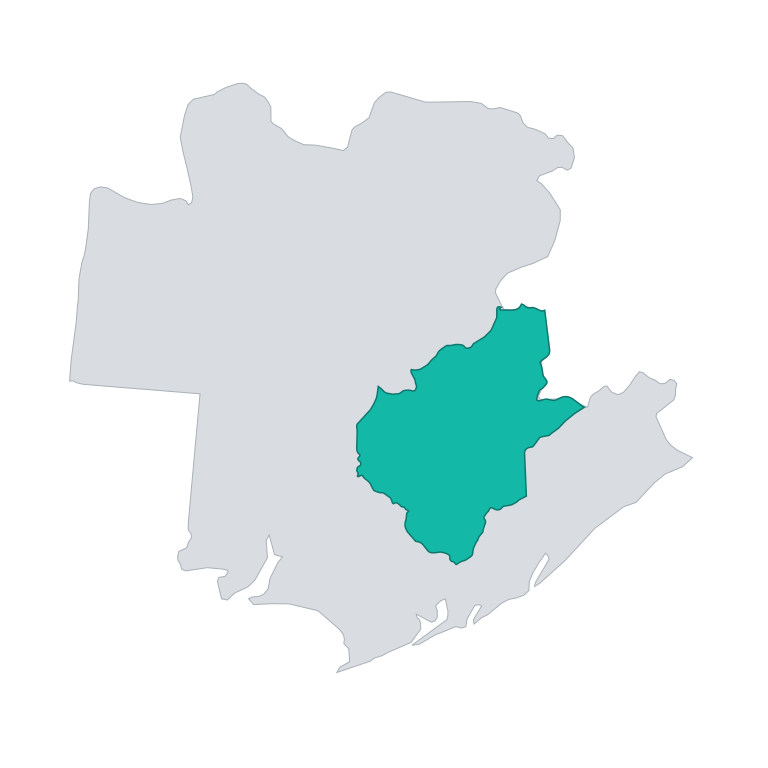 Ngounié highlighted on a map of Gabon, rotated 275°
{"feature_id": "GAB-2622", "entity_name": "Ngounié", "entity_type": "Province", "adm_level": 1, "iso_a3": "GAB", "parent_name": "Gabon", "parent_adm1": "", "projection": "orthographic", "projection_center": [11.097, -1.69], "detail": "fine", "context": "in_parent", "style": "filled", "palette": "teal", "viewbox_px": 768, "rotation_deg": 275, "n_neighbors": 0, "source": "natural_earth", "source_scale": "10m", "svg_char_len": 7244}
<svg xmlns="http://www.w3.org/2000/svg" viewBox="0 0 768 768"><g transform="rotate(275 384 384)"><path d="M555.7,84.6L555.2,91.6L547.2,108.9L543.5,122.1L542.5,136.3L544.7,147.7L548.6,155.8L551.1,164.7L549.2,170.8L545.3,173.5L548.0,176.6L553.8,177.3L563.7,174.7L578.9,170.0L598.9,163.2L612.0,159.5L633.7,161.8L645.2,164.4L651.1,169.3L657.6,189.6L660.7,192.7L666.0,201.4L670.4,211.8L671.3,217.0L670.8,220.8L666.4,226.4L661.5,234.7L659.7,239.7L655.6,243.4L650.3,247.1L635.9,248.5L633.7,250.7L629.6,259.5L622.0,266.9L618.5,274.0L615.4,283.4L616.0,295.0L614.5,311.8L613.0,323.1L616.8,327.1L634.1,329.9L637.4,332.2L642.0,339.2L647.9,345.8L663.7,350.0L669.9,355.0L674.8,360.6L675.5,365.1L671.9,383.3L668.4,400.8L669.7,414.1L671.0,426.8L672.9,445.3L672.0,456.6L667.6,463.5L667.5,468.9L669.6,475.5L665.6,493.5L663.0,496.5L655.9,499.9L652.2,504.7L651.0,512.3L647.2,522.7L643.3,526.5L643.2,531.3L647.0,534.9L646.9,540.3L639.9,546.7L635.6,551.7L626.2,554.0L615.4,551.5L612.9,547.9L615.5,542.3L614.6,537.8L610.9,533.1L605.1,521.0L600.0,518.5L597.2,523.4L588.4,532.6L572.9,544.4L562.0,545.3L542.0,541.7L525.2,536.0L517.3,522.2L512.4,510.8L505.3,497.5L497.2,491.2L488.6,487.2L484.8,486.9L472.5,494.3L468.8,497.2L468.8,503.4L470.0,509.1L471.9,511.9L473.5,515.7L473.2,521.4L471.0,529.1L470.2,537.7L431.7,546.0L425.0,543.0L420.2,539.1L414.3,539.8L397.6,544.2L391.5,541.1L385.4,538.9L382.6,540.7L382.3,544.4L385.2,564.4L384.3,572.0L380.5,582.0L378.6,588.8L388.8,590.7L392.5,593.8L396.0,598.8L401.0,603.6L401.3,606.4L395.7,611.6L393.8,618.1L396.4,623.1L403.4,628.4L413.5,633.8L418.5,637.4L418.0,640.7L413.3,647.7L411.5,653.6L408.3,658.9L408.9,663.8L413.5,668.4L413.0,672.5L409.9,675.6L403.6,674.9L398.2,675.3L393.4,674.1L378.4,658.2L375.2,657.8L353.4,669.9L348.0,675.0L343.5,682.1L337.5,697.7L327.6,688.6L319.0,672.1L309.1,661.9L288.1,645.4L282.5,633.3L258.6,606.6L224.1,579.9L199.2,556.7L195.4,551.6L199.6,552.2L223.7,563.7L227.0,562.4L229.7,559.8L219.3,553.8L209.4,549.0L200.1,546.0L190.8,546.3L185.6,541.4L182.2,534.0L180.5,527.6L176.4,520.9L163.1,507.2L159.9,501.9L152.7,494.6L157.1,493.6L171.3,500.6L172.5,497.8L171.3,493.7L157.1,487.2L149.3,486.7L147.6,482.1L148.6,476.8L138.4,456.7L127.8,441.7L126.2,434.6L154.7,467.2L158.5,467.8L163.5,467.5L175.3,463.8L173.1,459.5L167.7,454.8L162.6,456.9L155.9,457.4L152.4,455.4L150.8,452.1L157.5,436.2L154.6,437.0L152.4,439.9L148.8,441.2L143.1,442.0L129.0,433.6L116.6,410.7L113.3,406.0L110.0,398.0L106.8,394.8L92.5,362.2L98.0,364.6L104.4,374.0L117.1,372.0L122.0,366.6L126.3,366.8L130.7,365.5L136.2,360.4L152.4,337.9L156.7,308.4L155.3,290.8L152.9,273.4L158.3,267.8L160.4,271.5L161.4,277.7L163.9,282.3L169.7,286.4L180.4,287.4L197.0,293.9L202.9,298.0L204.5,289.8L223.5,282.8L217.8,280.3L200.8,283.0L177.6,272.6L169.9,266.0L162.7,253.4L155.2,246.8L155.8,240.9L172.4,235.4L176.8,236.0L178.6,242.5L183.1,245.2L184.8,244.3L185.6,238.7L185.6,223.8L180.5,202.5L182.1,198.4L186.7,196.9L190.7,194.0L193.6,193.5L199.2,194.0L202.1,199.0L203.6,201.7L209.3,203.0L214.0,205.6L218.0,204.9L221.3,201.8L226.3,201.2L241.4,201.2L255.2,201.2L282.7,201.3L310.1,201.4L337.5,201.5L358.2,201.6L358.1,189.4L358.0,170.5L357.9,148.3L357.7,126.9L357.6,107.2L357.5,83.9L358.6,77.2L360.0,74.4L359.5,70.5L380.7,70.3L419.1,72.0L435.9,71.8L440.7,72.1L461.6,71.0L478.6,72.4L485.9,74.1L492.3,74.9L512.7,75.9L539.2,74.7L548.3,75.0L553.3,78.3L555.7,84.6Z" fill="#d9dde1" stroke="#a8b0b8" stroke-width="1"/><path d="M470.6,494.2L469.4,492.9L468.3,492.6L467.9,494.0L468.7,504.9L469.6,509.0L471.7,512.2L475.6,514.0L475.2,515.7L473.4,518.6L472.6,520.1L472.4,521.6L473.2,525.8L472.5,528.7L471.1,532.2L470.4,535.4L471.5,537.7L431.5,546.2L428.3,545.9L425.3,543.8L421.8,539.5L420.0,538.2L419.0,537.5L415.8,539.1L411.6,540.5L407.9,541.2L405.7,542.1L402.3,545.2L400.6,546.2L398.9,546.1L397.1,545.1L393.7,542.4L392.9,541.5L392.5,540.7L391.9,539.9L390.5,539.2L385.4,537.7L381.7,537.5L381.4,537.6L380.6,539.6L382.8,545.5L383.2,547.7L382.4,553.3L382.5,555.0L383.3,557.2L385.8,561.2L386.8,563.5L387.3,566.1L387.3,568.2L386.8,570.3L385.9,572.8L378.5,584.8L378.3,585.6L371.2,576.4L363.2,568.1L355.2,561.7L349.4,555.1L347.5,553.3L347.0,552.5L345.1,545.4L344.6,544.5L343.8,543.5L335.4,538.4L334.6,537.6L334.1,536.7L333.8,535.7L333.6,534.7L333.3,533.7L332.7,532.7L332.0,531.7L330.9,530.9L329.8,530.3L328.4,529.9L284.7,535.6L280.6,529.1L279.1,527.4L278.7,527.2L278.3,526.8L277.9,526.4L275.2,522.4L274.5,520.9L272.7,514.0L272.5,513.5L272.1,513.1L270.3,511.7L269.4,510.8L268.8,509.7L268.5,508.2L268.5,507.1L268.7,506.0L269.9,502.7L270.1,501.7L269.8,500.7L268.7,500.0L266.7,499.3L264.6,497.6L260.3,495.2L259.4,495.2L258.4,495.8L257.5,496.5L256.6,497.0L255.5,497.2L254.4,497.1L247.3,495.4L245.3,495.4L244.3,494.9L243.1,493.9L242.1,493.3L239.8,491.8L236.6,490.9L233.4,489.2L228.3,487.5L226.3,487.2L222.9,487.1L222.0,487.0L221.1,486.6L220.1,485.9L219.2,485.0L215.9,480.9L215.3,479.9L214.1,476.8L213.5,475.8L212.1,473.8L210.7,472.3L210.5,471.5L211.5,470.5L212.3,469.8L212.9,468.9L213.0,467.9L213.2,466.8L214.2,465.6L215.2,464.9L216.2,464.7L217.2,464.7L218.1,464.5L219.0,464.1L219.8,462.7L220.7,460.7L221.3,457.5L221.5,455.7L221.4,454.3L220.3,449.1L220.1,447.1L220.1,445.2L220.5,444.1L221.0,442.9L228.1,436.1L229.6,433.2L230.1,429.2L238.8,420.2L241.8,418.3L243.1,417.8L244.7,417.3L247.2,417.1L248.8,417.3L251.2,417.8L257.2,417.9L258.3,418.6L259.5,419.6L260.2,418.8L260.5,417.9L260.8,417.0L261.2,416.2L262.3,415.7L262.9,414.9L263.1,414.0L263.1,413.1L263.4,412.1L263.9,411.2L264.8,410.4L266.1,408.5L266.6,407.4L266.8,406.5L266.6,405.5L266.1,404.8L265.6,404.0L265.7,403.5L265.8,403.2L266.3,402.8L270.0,401.1L270.8,400.5L271.3,400.0L275.4,393.0L275.6,392.0L275.4,390.1L275.4,389.1L275.8,387.1L276.7,384.0L277.3,383.0L278.3,382.2L283.4,379.1L284.5,378.1L285.5,377.1L288.4,372.7L289.2,371.8L290.1,371.2L290.8,370.5L291.1,369.7L290.8,368.7L289.5,366.8L289.5,366.0L290.0,365.5L292.4,366.1L293.5,365.6L294.3,365.0L295.3,364.5L296.4,364.4L297.8,364.6L298.9,365.0L299.8,366.0L300.3,366.9L301.2,367.7L302.3,367.9L303.6,367.5L304.6,366.8L305.8,365.1L306.7,364.5L307.8,364.5L309.9,366.0L310.9,366.3L311.7,365.8L313.0,364.1L313.9,363.5L315.0,363.0L317.0,362.5L335.1,361.4L339.2,360.5L340.4,360.5L341.7,360.8L357.2,372.7L363.1,375.5L369.0,377.6L372.3,378.1L381.1,378.5L379.2,381.5L376.5,384.6L375.7,385.9L375.2,387.1L374.6,392.9L374.6,393.9L375.0,395.6L375.3,398.1L375.5,399.2L375.9,400.1L376.5,401.1L378.4,403.2L378.7,403.5L379.0,404.1L379.6,406.0L379.8,407.4L380.1,409.4L379.9,411.1L379.5,413.0L379.8,414.7L380.5,415.6L381.5,416.0L383.5,416.6L384.5,416.6L385.5,416.3L387.5,415.4L390.5,414.7L397.5,410.3L398.5,409.9L399.5,409.7L400.5,409.8L400.8,410.1L400.8,410.6L400.6,411.5L400.5,413.2L400.8,415.3L401.7,418.4L402.3,419.4L405.9,424.4L407.5,426.1L412.4,429.6L416.0,433.1L416.9,433.7L420.7,435.4L421.6,436.0L423.7,438.0L427.3,442.4L427.9,443.5L428.0,444.1L428.0,446.0L428.2,447.2L429.6,452.0L429.9,455.7L429.7,458.1L429.5,459.0L429.4,459.2L428.9,460.1L428.3,460.8L427.6,461.5L427.3,461.9L427.0,462.3L426.8,462.9L426.9,463.8L427.1,465.0L428.1,467.3L429.1,468.1L430.2,468.8L431.1,469.1L432.1,469.8L438.8,478.9L440.1,480.4L446.3,485.6L447.3,486.2L459.8,490.5L460.7,490.5L467.8,489.9L468.9,489.9L469.8,490.2L470.5,490.5L471.0,492.0L470.6,494.2Z" fill="#14b8a6" stroke="#0f766e" stroke-width="1.5"/></g></svg>